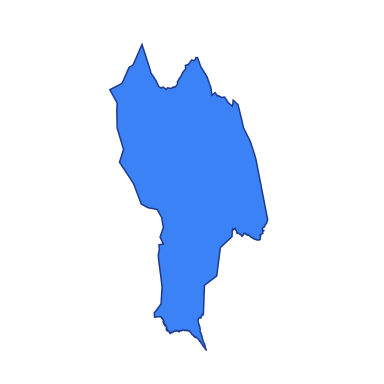 Guovdageaidnu sme 1, Finnmark, Norway (Robinson projection), rotated 74°
{"feature_id": "86288312B74284621306348", "entity_name": "Guovdageaidnu sme 1", "entity_type": "district", "adm_level": 2, "iso_a3": "NOR", "parent_name": "Norway", "parent_adm1": "Finnmark", "projection": "robinson", "projection_center": [24.886, 69.134], "detail": "fine", "context": "isolated", "style": "filled", "palette": "blue", "viewbox_px": 384, "rotation_deg": 74, "n_neighbors": 0, "source": "geoboundaries", "source_scale": "gbopen_adm2", "svg_char_len": 5410}
<svg xmlns="http://www.w3.org/2000/svg" viewBox="0 0 384 384"><g transform="rotate(74 192 192)"><path d="M115.1,127.1L118.2,128.3L120.5,129.5L116.1,132.6L109.8,134.4L109.1,137.7L106.7,140.1L106.6,141.3L102.9,142.3L104.6,146.4L100.3,145.5L96.6,145.1L85.4,145.8L73.6,149.1L64.4,149.6L63.8,151.0L66.4,153.2L65.0,156.0L68.3,160.1L68.5,163.5L71.9,164.1L73.9,167.1L74.9,168.3L77.9,170.9L79.7,173.3L82.3,175.8L83.3,175.9L84.4,176.3L84.6,176.5L86.5,179.3L86.2,179.9L85.9,180.9L86.7,183.6L85.1,186.7L86.2,188.1L86.2,188.6L83.1,190.9L83.6,192.9L81.5,194.9L75.5,195.8L69.9,197.4L66.9,198.6L57.6,198.7L36.4,199.4L53.6,213.6L54.9,218.2L68.3,229.3L69.3,234.2L71.0,242.8L85.8,239.4L92.2,241.6L109.9,246.3L132.3,246.1L143.4,253.5L161.4,247.8L168.4,245.8L189.7,244.1L195.0,238.6L199.2,230.3L208.0,228.2L218.2,229.3L226.5,235.1L234.1,233.9L233.6,238.3L238.6,239.3L242.5,241.5L247.2,242.7L262.3,244.9L275.2,247.0L291.1,252.6L297.9,261.6L302.1,262.5L302.4,259.2L303.4,256.3L303.9,256.2L304.0,256.1L303.9,256.1L304.5,256.0L304.5,255.9L305.2,255.5L305.8,255.6L306.1,255.5L306.2,255.4L306.3,255.3L306.1,255.1L306.9,255.1L307.1,255.0L307.1,254.9L307.4,254.9L307.5,254.9L307.7,255.0L308.0,254.9L308.1,255.0L308.7,255.0L308.8,254.8L309.1,254.8L309.2,255.0L309.4,255.0L309.5,255.1L309.4,255.3L309.7,255.2L309.6,255.3L309.9,255.5L310.3,255.4L310.3,255.5L310.6,255.5L310.6,255.4L311.0,255.4L310.9,255.4L311.2,255.3L311.8,255.2L312.4,255.1L312.4,254.9L312.2,254.9L312.3,254.9L312.2,254.8L312.3,254.8L312.2,254.8L312.3,254.6L312.5,254.5L312.4,254.4L313.2,254.0L313.3,254.0L313.2,254.1L313.3,254.1L313.5,254.2L313.9,254.2L314.3,253.9L315.0,253.9L315.3,253.7L315.5,253.8L315.8,254.0L316.1,254.0L316.2,254.3L317.3,254.6L317.3,254.4L317.2,254.4L317.4,254.3L318.0,254.3L318.4,254.1L318.2,254.0L318.3,253.9L318.1,253.7L318.3,253.7L318.6,253.7L318.9,253.5L318.8,253.3L318.9,253.2L319.1,253.1L319.1,252.9L319.3,252.7L319.8,252.6L320.5,252.4L320.8,252.4L321.3,252.4L321.6,252.2L321.7,251.9L321.9,251.8L321.6,251.5L321.7,251.4L321.8,251.2L321.7,250.8L321.4,250.5L321.5,249.9L321.4,249.8L321.5,249.7L321.3,249.5L321.4,249.4L321.3,249.2L321.4,248.9L321.3,248.7L321.1,248.3L321.1,248.2L321.1,247.7L320.8,247.5L320.7,247.2L321.0,246.9L321.4,245.7L321.3,244.9L321.1,244.9L321.2,244.7L321.3,244.4L321.4,244.2L321.5,244.2L321.5,243.9L321.9,243.8L322.1,243.2L322.8,243.1L322.9,242.9L322.9,242.7L322.3,242.4L322.2,242.1L322.1,241.8L322.2,241.4L322.2,240.9L322.3,240.6L322.5,240.4L322.4,240.2L322.5,240.1L322.4,239.6L322.1,239.4L322.3,239.0L322.3,238.6L322.2,238.5L322.4,238.1L322.5,237.8L323.2,237.3L323.3,237.0L323.3,236.7L323.1,236.6L323.3,236.1L323.5,235.9L323.7,235.6L323.6,235.3L323.8,235.2L323.9,234.7L323.7,234.6L323.8,234.5L323.9,234.2L324.3,233.9L324.5,233.9L324.6,233.6L324.6,233.4L324.8,233.2L325.2,232.8L325.3,232.6L325.7,232.5L326.0,232.5L326.8,232.1L327.0,231.8L327.8,231.6L328.9,231.4L329.1,231.2L329.8,230.6L329.8,230.4L331.0,230.0L331.3,229.7L331.6,229.8L331.7,229.6L332.0,229.5L332.1,229.3L332.1,229.1L332.3,229.0L332.2,228.9L332.3,228.8L332.5,228.8L332.4,228.6L332.5,228.3L332.8,228.2L332.7,227.9L332.9,227.8L333.1,227.6L333.4,227.4L333.6,227.4L334.2,227.1L335.4,226.4L337.1,225.9L337.4,225.8L337.2,225.6L337.4,225.4L337.9,225.2L338.8,225.0L339.4,225.0L341.8,224.1L342.2,224.1L343.1,223.8L343.2,223.6L343.5,223.6L343.8,223.4L344.9,223.1L345.0,222.9L347.1,222.3L347.6,222.0L347.3,221.9L347.2,221.7L346.4,222.0L346.5,222.1L345.8,222.3L344.9,222.2L343.9,221.9L340.9,221.9L339.0,222.4L338.2,222.5L337.1,222.2L336.7,222.3L336.0,222.4L334.7,222.3L334.4,222.2L332.9,222.2L332.6,222.3L331.9,222.4L330.0,222.3L329.4,222.4L329.1,222.7L328.6,222.8L327.8,222.5L327.4,222.4L326.7,222.1L324.1,221.7L323.3,221.7L323.1,221.8L322.8,221.9L321.1,221.7L319.8,221.9L319.2,221.9L316.6,221.4L316.2,220.9L315.5,220.7L315.1,220.1L315.1,219.9L314.7,219.4L315.1,218.8L315.4,218.6L315.5,218.4L315.6,218.2L315.3,218.0L314.9,217.8L314.3,217.4L314.2,217.3L314.2,217.2L313.8,216.9L313.7,216.8L313.3,216.7L312.7,216.2L312.9,215.9L313.0,215.7L312.9,215.6L313.1,215.5L313.2,215.4L313.2,215.2L312.8,215.1L312.8,214.8L285.1,205.7L279.5,191.4L253.2,180.0L246.1,166.2L245.6,165.7L238.7,163.4L238.6,163.1L238.8,162.9L239.2,162.8L238.9,162.6L239.4,162.4L239.4,160.8L239.1,160.6L241.1,160.1L244.0,160.1L244.6,158.5L245.8,157.6L245.9,157.3L246.3,157.1L246.5,156.5L246.7,156.4L248.2,156.3L248.4,156.2L247.8,155.2L247.7,154.8L247.2,154.2L246.9,153.9L246.4,153.8L246.0,153.4L245.9,153.3L246.0,153.2L246.4,152.9L246.3,152.7L246.2,152.4L246.3,152.2L246.7,152.0L246.9,151.8L247.2,151.9L247.4,151.8L248.0,151.2L248.7,150.9L249.0,150.2L248.6,149.9L248.5,149.7L250.6,148.2L251.0,148.1L252.3,147.3L252.4,147.2L252.5,146.9L252.3,146.7L252.5,146.5L253.3,146.0L254.4,145.2L254.5,144.9L254.2,144.7L254.5,144.5L254.6,144.3L255.4,143.7L255.8,143.3L255.8,142.8L255.7,142.7L256.0,142.2L256.6,141.6L256.6,141.2L256.4,140.6L256.5,140.3L256.4,140.1L256.5,139.8L256.4,139.5L255.6,139.6L254.5,138.9L253.1,138.0L252.3,138.5L251.9,138.4L251.7,138.2L251.6,137.9L251.5,135.9L251.4,135.5L251.1,135.2L250.2,135.3L249.8,135.2L249.4,134.8L249.2,134.0L249.1,133.7L248.8,133.5L248.5,133.8L248.5,134.2L248.5,134.4L248.3,134.5L247.8,134.7L246.8,134.7L246.6,134.3L245.8,133.7L245.7,133.5L245.7,133.0L245.5,132.2L245.1,131.6L243.9,130.9L242.6,128.9L239.8,127.2L239.5,126.9L179.2,121.6L174.2,121.5L159.5,122.0L144.5,124.8L136.5,124.3L120.7,123.7L115.1,127.1Z" fill="#3b82f6" stroke="#1e3a8a" stroke-width="1.5"/></g></svg>